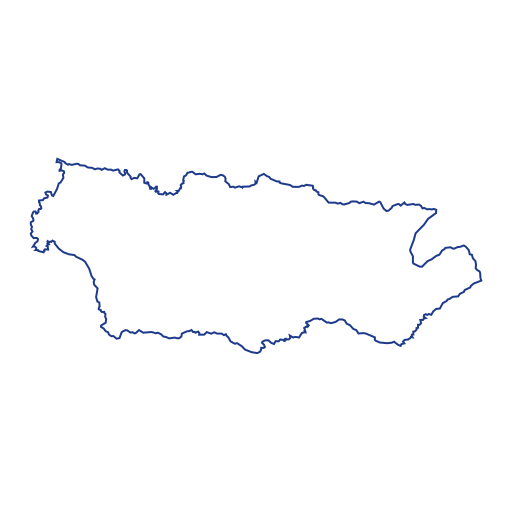 Santi Suk, Nan, Thailand
{"feature_id": "78962969B68845226908078", "entity_name": "Santi Suk", "entity_type": "district", "adm_level": 2, "iso_a3": "THA", "parent_name": "Thailand", "parent_adm1": "Nan", "projection": "albers", "projection_center": [100.939, 18.92], "detail": "fine", "context": "isolated", "style": "outline", "palette": "blue", "viewbox_px": 512, "rotation_deg": 0, "n_neighbors": 0, "source": "geoboundaries", "source_scale": "gbopen_adm2", "svg_char_len": 6009}
<svg xmlns="http://www.w3.org/2000/svg" viewBox="0 0 512 512"><path d="M379.1,201.6L373.9,204.6L369.1,203.2L365.7,203.1L363.5,201.7L359.3,203.2L356.8,201.6L352.4,201.4L350.6,201.8L349.4,203.0L344.0,204.5L342.2,204.2L340.5,202.9L337.6,203.6L335.6,202.7L328.6,202.6L324.4,197.5L322.9,196.2L319.0,195.0L318.4,194.2L318.4,192.3L316.3,191.4L315.7,190.2L314.3,190.1L313.0,188.5L313.1,186.2L312.6,185.7L306.1,184.8L304.0,186.0L302.1,185.6L298.8,186.9L292.7,186.8L290.1,185.0L281.5,183.4L279.6,182.6L279.5,181.5L276.8,181.4L270.6,178.8L269.2,177.0L266.9,176.1L263.9,173.9L258.7,176.3L256.6,182.8L255.5,181.7L255.6,183.5L254.5,184.6L250.9,185.6L249.6,186.5L243.1,186.7L242.5,187.5L242.1,186.8L241.3,187.1L239.2,186.3L235.0,187.6L233.3,186.7L230.2,187.1L228.8,184.1L225.3,181.3L225.6,178.4L224.8,176.8L223.1,175.4L220.8,174.8L216.4,177.0L211.4,177.1L206.6,175.6L204.2,173.5L202.6,174.3L199.8,173.8L195.7,174.3L192.1,171.7L187.5,172.8L185.9,175.5L184.0,176.4L183.2,180.2L183.8,180.9L183.3,182.0L183.5,183.2L181.9,183.8L180.7,185.1L181.2,186.6L180.9,188.3L180.1,188.3L178.7,190.9L177.0,191.0L177.8,191.8L177.2,193.0L176.3,193.0L173.3,194.8L170.1,192.8L166.4,194.7L166.1,193.0L165.0,192.1L163.0,194.4L158.8,194.0L158.2,193.3L158.5,191.6L157.5,191.3L155.9,191.8L155.4,191.1L156.9,189.1L156.9,186.7L156.0,186.7L154.7,188.3L153.5,188.8L151.3,187.3L151.1,188.8L150.3,188.9L149.6,186.3L148.4,184.5L148.3,182.5L147.4,182.3L147.4,183.2L146.5,183.5L144.3,182.8L144.3,178.4L140.6,174.1L139.5,174.3L137.3,178.3L134.1,177.9L131.6,179.1L130.5,177.8L130.6,176.6L127.1,172.8L127.0,170.5L126.1,169.9L124.9,170.0L124.4,171.1L125.1,173.5L124.8,174.6L122.8,175.5L119.4,172.4L119.6,171.1L118.1,169.4L113.1,170.6L111.2,169.7L107.9,169.7L104.8,168.2L101.6,169.9L100.4,168.8L97.5,168.5L94.9,169.3L92.1,167.8L87.9,167.5L84.8,165.6L80.0,165.3L78.3,163.9L76.2,163.8L71.9,164.9L68.9,164.1L68.0,164.7L65.4,163.2L64.6,162.0L57.3,158.9L56.6,162.1L58.9,162.1L61.1,163.2L61.5,164.0L60.9,168.5L59.6,169.8L59.6,170.8L61.8,170.4L64.0,171.4L64.1,173.0L62.9,174.5L63.4,177.9L60.5,182.5L58.8,183.4L57.0,189.0L53.3,196.0L52.0,195.5L50.8,192.0L47.2,191.6L45.4,192.6L46.0,194.4L48.0,195.6L47.4,197.6L44.1,198.3L42.9,200.1L39.0,200.5L39.0,202.1L39.7,202.9L39.9,205.1L40.9,206.3L41.3,208.3L40.6,209.0L39.2,208.9L38.3,210.5L38.5,212.0L36.9,213.6L36.0,213.5L35.9,212.0L35.1,211.4L33.7,211.6L32.9,212.8L31.7,216.1L33.2,218.5L33.4,220.1L33.2,221.0L31.1,222.0L30.7,222.9L31.0,225.1L32.0,226.8L31.2,229.2L32.5,231.5L30.8,233.5L31.2,235.3L33.6,238.1L36.7,237.9L38.0,239.0L37.5,241.3L35.2,243.0L33.0,246.6L34.3,246.2L36.2,247.8L36.2,249.4L35.6,250.0L38.0,250.1L38.4,251.0L43.6,252.3L43.9,251.0L44.4,250.9L44.2,250.2L45.1,249.3L48.1,249.6L47.7,246.5L46.7,246.0L47.5,245.4L47.4,244.1L48.8,244.2L47.4,241.7L47.7,241.1L49.2,242.2L50.5,241.6L51.3,241.9L52.5,240.6L54.7,241.8L54.8,243.7L58.8,248.6L63.4,252.2L69.0,254.3L74.5,255.1L76.2,256.8L82.6,259.8L85.1,261.8L89.2,268.7L91.5,275.9L93.3,278.7L94.6,279.5L93.7,281.7L94.1,284.6L97.6,288.4L96.1,297.1L97.4,301.5L99.3,302.5L99.6,306.5L98.8,307.9L98.8,309.3L100.8,310.1L100.9,311.2L101.9,312.0L104.2,311.9L104.5,313.2L105.4,313.9L105.2,316.8L106.2,319.2L105.6,322.8L101.1,325.5L101.1,327.0L103.6,328.4L105.6,331.1L108.2,332.4L108.8,334.3L110.2,335.5L111.5,336.2L113.5,336.1L116.6,338.7L119.5,338.1L121.7,332.1L125.2,330.2L127.3,330.4L130.5,332.6L132.5,332.2L134.6,333.4L135.6,333.2L139.0,330.1L143.2,332.7L151.7,332.0L155.7,333.3L157.8,332.7L161.1,334.3L163.3,336.5L165.7,336.9L169.2,338.4L174.6,337.6L178.1,338.4L179.5,338.0L181.4,336.5L181.8,333.7L186.7,331.4L189.1,331.1L191.5,330.0L193.0,332.0L194.7,331.9L195.4,332.7L198.2,331.6L199.4,333.2L199.1,334.7L204.1,334.7L206.7,332.1L211.2,333.7L214.2,332.3L217.2,333.6L221.6,333.6L224.0,335.2L225.8,334.2L226.7,335.9L228.3,337.3L230.6,341.4L234.8,343.7L237.2,343.2L241.9,346.3L245.0,349.6L251.7,352.2L257.4,353.1L260.0,351.7L261.1,349.9L261.2,347.9L263.8,347.9L264.9,347.0L263.9,344.6L262.0,342.8L262.5,341.6L265.1,340.4L268.4,340.3L271.1,342.8L274.0,344.0L275.6,341.2L278.7,341.3L280.2,339.5L283.0,339.9L284.3,341.0L285.0,340.7L284.3,339.7L285.1,338.9L286.1,338.7L286.8,339.5L289.0,339.3L290.3,337.8L289.8,335.5L293.2,337.5L295.3,336.9L299.1,337.5L301.8,333.1L304.5,332.2L305.6,332.4L305.3,331.1L304.5,330.7L304.8,329.4L304.2,328.0L306.4,326.5L307.0,326.9L307.3,326.2L308.0,326.4L308.7,325.3L306.2,323.0L306.2,322.1L310.5,320.8L313.6,318.8L317.8,318.5L319.4,319.3L321.5,318.9L326.8,322.6L328.3,322.3L330.8,323.2L335.5,322.0L339.2,319.4L342.7,319.5L344.8,320.5L346.8,323.8L349.9,325.1L353.4,329.0L356.3,330.1L358.5,333.5L363.8,333.1L366.3,333.7L374.9,337.4L374.8,339.7L375.3,340.5L379.8,342.5L387.1,343.2L391.8,342.7L394.0,341.7L397.9,344.7L400.6,345.9L401.3,344.2L404.3,343.4L403.0,341.6L404.6,339.9L408.0,339.5L410.5,337.9L410.9,336.9L412.5,337.3L411.8,336.1L411.9,334.7L413.4,334.5L413.3,331.6L415.1,331.3L416.6,329.5L416.5,328.1L418.1,327.7L418.0,324.8L419.7,324.7L421.1,323.2L420.3,320.0L423.1,319.9L423.8,318.5L425.6,318.1L423.8,316.7L424.2,314.9L425.8,314.2L427.3,314.9L428.9,314.0L431.3,314.8L433.2,311.4L436.2,308.9L439.8,308.6L442.8,303.1L446.5,301.1L447.6,299.5L449.2,299.1L452.8,296.8L458.1,296.4L459.9,293.8L463.9,291.9L464.7,290.0L470.3,287.4L470.8,285.9L473.8,283.5L481.3,280.6L480.5,278.3L480.1,272.8L479.6,271.5L476.9,269.8L475.7,268.3L476.0,264.4L475.4,261.1L472.9,258.3L471.9,254.8L469.7,254.2L468.8,250.2L465.7,246.6L463.8,245.5L460.0,246.9L457.8,247.0L454.3,248.6L452.9,248.6L450.6,247.3L445.3,247.9L444.3,249.3L442.2,250.4L439.4,254.7L436.2,255.9L431.5,259.4L427.6,261.1L422.0,266.7L419.6,266.6L413.4,263.5L412.9,262.6L412.9,256.3L410.3,251.3L410.2,249.5L413.9,239.7L415.6,233.3L424.0,224.7L428.0,218.9L436.1,213.0L436.2,209.8L433.7,208.9L431.8,209.5L430.1,209.1L427.1,209.3L424.1,207.9L422.5,208.4L421.0,205.9L419.1,204.6L415.1,204.8L413.3,204.0L407.3,204.9L405.4,204.1L404.4,202.5L400.6,205.6L399.1,204.2L397.9,204.0L392.5,206.1L391.8,207.7L388.7,210.5L386.6,211.1L383.6,208.6L380.3,202.2L379.1,201.6Z" fill="none" stroke="#1e3a8a" stroke-width="2"/></svg>